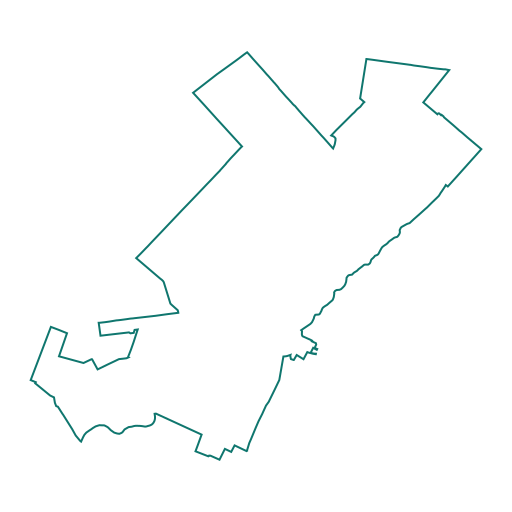 Urziceni, Ialomita, Romania
{"feature_id": "2599482B56726555182080", "entity_name": "Urziceni", "entity_type": "district", "adm_level": 2, "iso_a3": "ROU", "parent_name": "Romania", "parent_adm1": "Ialomita", "projection": "albers", "projection_center": [26.651, 44.737], "detail": "fine", "context": "isolated", "style": "outline", "palette": "teal", "viewbox_px": 512, "rotation_deg": 0, "n_neighbors": 0, "source": "geoboundaries", "source_scale": "gbopen_adm2", "svg_char_len": 5858}
<svg xmlns="http://www.w3.org/2000/svg" viewBox="0 0 512 512"><path d="M481.1,149.3L481.3,149.1L476.7,145.2L476.3,144.9L467.4,137.4L462.5,133.1L460.8,131.7L460.4,131.4L459.7,130.9L453.4,125.3L444.0,117.3L443.5,116.4L441.8,115.0L441.5,114.8L441.1,115.2L439.6,113.8L439.4,113.6L439.2,113.5L438.9,113.3L438.7,113.3L438.3,113.4L438.0,113.6L437.4,114.3L423.3,102.4L430.0,94.0L431.5,92.2L449.2,70.1L445.1,69.3L443.4,69.3L437.7,68.7L432.0,68.0L430.9,67.9L426.7,67.2L420.3,66.3L413.9,65.5L410.3,64.8L409.9,64.8L407.0,64.4L387.1,61.8L372.7,59.8L366.5,59.0L366.4,59.0L366.2,60.4L365.5,64.7L360.1,98.5L364.3,102.1L363.2,103.1L362.4,104.1L360.3,106.8L359.1,107.7L357.6,108.9L356.6,109.8L354.8,111.9L353.9,112.8L352.4,114.1L345.1,121.4L336.5,129.9L331.2,135.5L331.4,135.6L331.9,135.8L333.1,136.2L334.1,136.8L334.7,137.4L335.5,138.4L335.5,138.8L335.5,140.3L334.8,144.1L334.3,145.6L333.3,148.0L333.1,148.5L332.5,147.9L323.4,137.6L321.5,135.6L316.9,130.4L312.9,125.9L310.8,123.7L309.7,122.5L308.6,121.3L307.1,119.7L305.9,118.4L304.7,117.2L303.5,115.8L302.9,115.2L302.5,114.7L301.7,113.8L301.1,113.1L299.7,111.5L298.7,110.4L298.0,109.5L297.2,108.6L296.6,107.9L295.4,106.4L294.7,105.7L294.4,105.6L293.4,104.6L293.0,104.3L292.0,103.1L291.2,102.2L287.9,98.6L286.0,96.6L281.1,91.0L279.9,89.7L279.5,89.3L279.3,89.1L278.8,88.3L278.3,87.5L277.5,86.5L276.5,85.3L275.7,84.4L274.8,83.3L273.7,82.2L272.9,81.2L271.8,80.0L270.5,78.5L268.5,76.2L266.6,74.2L262.9,69.9L259.0,65.6L252.8,58.7L248.8,54.1L247.1,52.3L243.9,54.6L237.3,59.6L234.7,61.5L229.3,65.4L223.2,69.8L217.3,74.0L201.2,86.5L196.3,90.3L193.5,92.5L193.1,92.8L203.9,104.6L215.8,117.8L216.4,118.5L216.7,118.8L222.2,124.8L242.0,146.5L241.5,146.9L239.0,149.5L235.9,152.8L230.6,158.4L226.0,163.6L226.0,163.8L220.3,170.1L219.9,170.7L218.3,172.3L215.6,175.1L210.8,180.2L207.2,183.9L197.3,194.3L187.7,204.3L181.7,210.5L178.3,214.1L172.8,219.9L160.2,233.2L151.7,242.1L147.7,246.4L145.9,248.2L143.7,250.5L140.6,253.7L138.0,256.3L136.2,258.1L160.2,278.6L161.8,279.8L163.2,281.2L163.8,282.3L170.4,303.6L171.5,304.7L174.2,307.1L177.7,310.2L178.2,311.9L178.3,312.8L172.7,313.5L167.1,314.2L155.6,315.8L134.4,318.2L133.0,318.4L130.4,318.6L126.4,319.2L121.2,319.9L118.6,320.2L116.3,320.4L109.2,321.6L104.8,322.2L99.3,322.8L98.7,322.8L100.5,335.7L129.0,332.4L130.4,333.3L133.7,332.9L134.6,329.9L137.7,329.5L135.8,335.3L133.6,342.1L130.9,349.8L128.2,356.7L128.0,357.2L128.4,357.4L126.6,358.2L126.2,358.3L123.8,358.6L119.2,359.1L118.8,359.2L114.0,361.5L108.3,364.2L97.6,369.4L92.1,359.3L91.6,359.2L90.9,359.5L83.5,363.0L59.0,356.3L67.0,333.2L58.3,329.7L50.9,326.9L30.7,380.1L35.8,382.2L35.2,383.3L50.1,395.5L54.0,397.4L54.9,402.8L56.2,406.1L57.9,406.7L62.5,413.9L63.1,414.7L71.9,428.7L72.1,429.0L75.7,435.5L80.2,440.9L81.1,441.6L83.1,437.2L84.4,434.8L86.3,432.6L89.6,430.3L91.2,429.3L92.8,428.1L95.6,426.4L98.4,425.5L99.5,425.2L101.4,425.3L103.3,425.3L103.9,425.3L104.8,425.6L106.5,426.5L107.4,427.0L108.2,427.6L109.6,429.0L110.8,430.2L114.2,432.6L117.1,433.5L119.3,433.8L121.1,433.1L122.4,432.3L124.6,429.4L128.6,427.1L131.7,426.7L134.2,426.0L135.8,425.8L137.1,425.8L140.0,425.9L141.9,426.1L142.0,426.1L145.1,426.6L146.7,426.4L147.5,426.1L149.8,425.5L150.2,425.3L151.5,424.7L152.4,424.0L153.5,422.7L154.4,421.0L154.8,419.6L155.0,418.3L155.0,416.5L154.6,413.8L155.4,413.7L155.9,413.6L201.6,434.6L197.8,445.1L195.5,451.3L208.3,456.3L209.1,455.6L209.5,455.8L209.7,455.7L209.9,455.7L210.0,455.7L210.5,455.7L219.5,459.7L224.9,448.9L231.2,451.9L234.6,445.4L247.2,451.4L247.3,451.5L247.0,450.5L249.3,443.0L250.9,439.4L255.7,427.8L258.5,421.3L262.3,413.8L263.0,412.2L266.0,405.6L268.8,401.7L269.6,400.0L274.5,390.0L279.3,380.0L283.4,356.5L285.8,356.3L286.8,356.1L287.6,355.9L290.5,354.9L290.2,356.0L290.5,356.8L290.7,358.3L291.0,359.1L293.7,360.0L293.8,360.0L296.7,355.0L303.5,359.2L307.3,352.1L307.8,352.3L309.4,352.8L311.0,353.2L312.4,353.6L313.9,353.9L315.8,354.2L315.9,353.7L314.0,353.6L313.0,353.4L312.1,353.2L310.7,352.7L313.2,347.8L314.4,348.5L316.8,349.8L317.2,349.0L315.7,348.4L314.6,348.0L316.2,344.6L315.9,343.2L311.8,341.3L312.1,340.7L311.1,340.1L302.9,336.4L302.7,336.3L302.5,336.1L302.3,335.8L302.2,335.7L302.1,335.3L302.0,335.0L301.9,334.5L301.9,333.9L301.9,333.0L302.0,331.7L302.0,331.4L301.8,330.9L301.2,330.2L303.9,328.3L305.7,327.1L310.3,324.0L311.1,323.2L312.0,322.2L313.0,320.2L313.8,318.5L314.2,316.8L314.4,316.3L315.0,315.3L315.3,314.8L316.1,314.7L317.9,314.6L318.9,314.5L319.2,314.3L320.0,313.6L320.3,312.9L321.5,310.7L321.9,309.4L322.8,307.8L323.9,306.9L325.2,306.0L327.2,304.8L329.4,302.8L332.0,300.6L332.6,300.0L333.1,299.0L333.8,297.0L334.2,294.1L334.3,293.7L334.1,292.8L334.2,292.3L334.5,291.7L335.1,290.9L335.9,290.4L336.7,290.0L337.1,290.0L337.9,289.9L339.1,289.9L340.2,289.5L341.1,289.1L342.8,287.5L344.3,285.9L345.2,284.4L346.1,281.9L346.5,278.9L346.5,278.0L346.7,277.6L347.0,277.1L348.0,275.8L348.6,275.3L349.0,275.2L349.7,275.0L351.7,274.7L352.1,274.6L353.4,273.2L353.8,272.8L354.5,272.3L356.9,270.9L358.0,269.8L358.3,269.4L362.7,266.0L362.9,265.8L364.0,264.9L364.9,264.6L368.0,264.6L368.4,264.5L369.7,263.5L370.1,262.9L370.6,261.8L371.0,260.3L371.6,259.3L372.2,258.8L373.7,257.4L375.0,255.8L377.1,255.0L378.1,254.3L378.7,253.4L379.1,252.6L379.4,252.0L379.8,251.3L380.1,250.6L380.6,249.8L381.3,248.5L382.1,247.3L382.6,246.8L384.7,245.2L385.5,244.8L387.4,243.3L388.8,241.7L389.5,241.1L391.7,239.6L393.6,238.2L394.0,237.9L394.5,237.7L395.1,237.4L396.8,237.0L397.4,236.7L397.9,236.1L398.5,235.4L399.1,234.4L399.6,233.5L399.9,232.2L399.7,230.2L399.9,229.5L400.4,228.7L400.7,227.9L401.1,227.4L401.9,226.8L406.7,224.1L408.0,223.6L409.0,223.3L409.6,223.1L413.8,219.2L420.5,213.3L425.7,208.6L426.9,207.6L431.8,202.7L436.9,197.8L438.8,195.9L439.9,194.2L440.7,192.8L441.8,191.3L444.9,186.6L445.8,185.0L446.2,185.3L447.8,186.5L454.4,179.2L454.6,179.0L481.0,149.5L481.1,149.3Z" fill="none" stroke="#0f766e" stroke-width="2"/></svg>